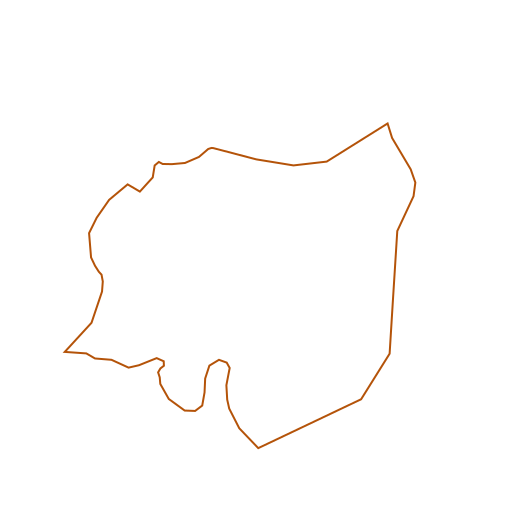 an SVG outline of Crnomelj, rotated 294°
{"feature_id": "SVN-945", "entity_name": "Crnomelj", "entity_type": "Municipality", "adm_level": 1, "iso_a3": "SVN", "parent_name": "Slovenia", "parent_adm1": "", "projection": "orthographic", "projection_center": [15.174, 45.522], "detail": "fine", "context": "isolated", "style": "outline", "palette": "amber", "viewbox_px": 512, "rotation_deg": 294, "n_neighbors": 0, "source": "natural_earth", "source_scale": "10m", "svg_char_len": 922}
<svg xmlns="http://www.w3.org/2000/svg" viewBox="0 0 512 512"><g transform="rotate(294 256 256)"><path d="M336.7,171.6L337.2,173.1L344.4,217.0L354.0,253.4L371.0,282.2L430.6,322.3L419.2,332.3L398.1,362.1L387.9,371.7L374.7,375.6L336.3,374.9L270.4,399.4L221.1,417.8L167.9,410.3L81.4,336.2L91.8,310.8L105.7,293.6L113.1,288.1L125.9,281.5L143.0,277.5L146.7,272.6L146.1,264.4L136.9,258.0L123.4,259.4L110.4,264.5L97.5,267.7L89.7,263.4L85.8,253.7L89.9,234.5L100.2,220.6L106.0,217.4L109.9,213.9L114.4,214.4L118.3,216.5L122.3,214.5L122.3,206.8L108.6,193.5L102.2,185.0L102.4,166.2L96.9,150.6L98.0,140.6L90.6,120.3L128.1,132.9L160.9,129.8L170.4,126.4L176.1,122.5L177.7,118.8L181.6,112.9L187.6,105.9L209.0,94.2L226.2,94.9L247.6,99.0L269.2,109.6L267.6,123.7L285.8,129.7L297.5,126.6L302.4,129.0L302.1,133.3L305.7,141.8L312.1,153.3L323.3,163.6L334.3,168.8L336.1,170.8L336.7,171.6Z" fill="none" stroke="#b45309" stroke-width="2"/></g></svg>